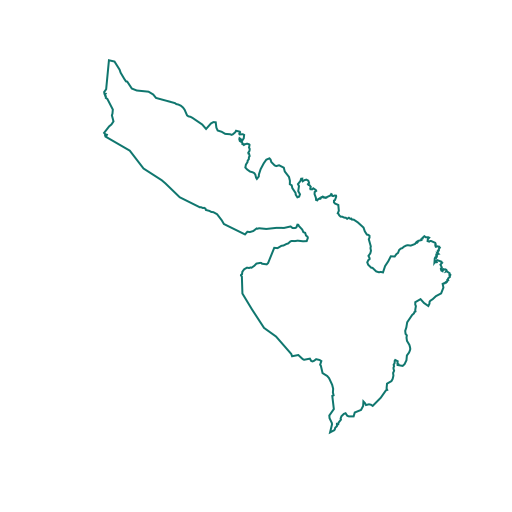 Afadzato South, Volta, Ghana, rotated 105°
{"feature_id": "2480657B45105521184723", "entity_name": "Afadzato South", "entity_type": "district", "adm_level": 2, "iso_a3": "GHA", "parent_name": "Ghana", "parent_adm1": "Volta", "projection": "albers", "projection_center": [0.395, 6.876], "detail": "fine", "context": "isolated", "style": "outline", "palette": "teal", "viewbox_px": 512, "rotation_deg": 105, "n_neighbors": 0, "source": "geoboundaries", "source_scale": "gbopen_adm2", "svg_char_len": 6030}
<svg xmlns="http://www.w3.org/2000/svg" viewBox="0 0 512 512"><g transform="rotate(105 256 256)"><path d="M193.5,93.5L193.3,94.5L194.0,96.9L193.3,98.5L195.5,99.9L196.0,99.6L197.0,100.7L197.8,100.3L199.4,103.3L200.8,103.4L201.5,103.9L201.0,104.6L203.3,105.6L205.9,109.2L206.3,112.2L207.0,113.6L208.8,115.6L210.6,116.8L211.4,118.1L213.2,119.3L216.2,119.6L217.9,120.9L220.6,121.9L221.4,125.7L226.9,126.9L232.3,128.7L239.0,129.1L239.1,131.4L239.9,133.0L239.8,135.9L237.3,140.4L237.5,141.7L235.4,145.4L233.3,146.9L230.8,146.4L229.7,145.5L228.7,145.7L226.8,147.4L223.9,146.3L221.2,146.3L218.7,147.5L217.0,147.6L210.6,151.4L208.9,151.1L207.1,151.6L206.5,152.9L206.7,154.2L206.3,154.8L204.0,157.3L200.7,159.5L197.2,166.3L195.6,171.0L196.0,172.8L195.2,173.6L195.7,174.5L195.0,176.2L196.5,177.6L195.8,179.2L196.1,180.7L195.7,183.0L196.1,184.4L195.2,186.1L193.9,187.3L193.6,188.1L190.9,187.7L185.4,189.7L184.9,193.2L184.0,194.6L182.3,195.0L181.5,194.2L178.0,193.9L177.0,194.3L177.2,195.7L178.1,196.8L178.2,197.7L178.0,198.4L176.9,198.7L176.7,199.4L178.4,199.9L180.6,202.6L181.4,203.0L181.7,203.6L181.3,203.7L182.0,205.3L181.4,205.9L181.4,206.8L182.0,206.8L182.2,208.1L183.8,208.5L183.7,209.2L184.3,209.3L184.5,210.2L185.3,210.6L185.5,211.2L186.4,211.3L186.3,212.5L184.3,213.2L181.0,215.5L179.0,215.9L177.5,214.7L176.8,215.3L175.8,218.2L177.1,219.0L177.4,220.7L176.7,221.1L175.0,221.0L173.7,222.7L173.8,223.6L173.2,224.4L171.7,223.6L169.7,225.0L169.2,227.1L170.3,229.0L171.7,230.2L170.2,231.3L169.3,231.4L169.4,231.7L169.7,232.4L172.0,232.5L175.7,234.1L177.3,232.6L182.4,232.0L185.0,229.5L187.5,229.7L188.6,231.2L186.5,233.5L184.9,234.1L181.0,238.5L178.5,239.8L177.9,241.9L174.6,242.7L171.1,244.6L166.9,250.1L163.5,252.0L162.4,257.2L163.9,259.7L163.7,261.4L161.3,265.5L159.1,266.9L158.2,268.3L160.3,271.0L164.4,272.5L170.9,274.0L176.4,274.3L178.5,273.9L181.3,275.1L180.3,276.2L177.6,277.7L176.4,279.1L176.0,280.9L176.0,283.6L174.7,287.0L173.3,289.2L170.3,289.4L167.5,288.5L166.0,288.7L164.4,288.0L162.4,288.4L161.1,288.0L159.0,289.2L159.0,289.8L158.2,290.2L156.1,289.5L154.2,289.8L153.1,290.8L150.3,291.0L149.9,291.5L149.8,293.7L151.1,295.8L152.6,297.0L151.1,296.5L151.4,298.1L149.9,298.7L149.1,301.4L147.4,302.4L146.5,302.4L147.9,299.1L145.5,298.3L142.1,298.8L141.8,300.3L142.8,303.3L142.3,303.8L140.5,303.4L140.1,303.8L140.2,307.7L141.7,308.0L144.5,309.9L145.3,311.0L145.1,312.5L146.0,317.4L144.9,321.3L144.7,325.5L142.3,327.5L137.3,329.5L137.7,331.8L139.6,333.8L146.2,337.1L142.9,342.0L139.0,353.2L138.5,355.3L138.6,357.4L138.0,359.0L133.2,362.8L131.5,364.9L130.3,367.4L129.8,370.2L129.9,372.3L129.3,373.9L129.2,393.5L126.6,397.1L125.1,402.3L127.0,414.0L126.4,419.3L120.9,425.5L121.0,426.8L118.9,429.2L114.0,434.2L111.3,436.0L104.8,443.0L105.0,448.7L133.7,443.9L136.9,445.1L138.5,444.4L138.3,443.3L139.5,443.6L140.4,443.1L140.5,442.4L142.2,442.0L142.7,440.3L151.6,432.2L155.6,431.5L157.4,431.6L162.9,428.5L166.4,429.7L168.8,431.4L176.4,434.6L177.4,433.1L177.5,431.4L178.1,431.5L178.0,432.5L178.5,433.0L179.6,432.3L186.9,405.2L200.6,387.3L207.2,366.7L209.3,362.3L219.0,344.9L223.5,322.8L223.1,321.9L223.4,319.6L222.9,318.6L223.3,317.1L224.5,316.3L224.5,312.7L225.0,310.6L224.7,308.5L225.7,304.4L230.4,298.3L233.4,295.3L234.2,291.4L238.0,272.2L234.8,270.6L234.5,268.2L232.6,265.1L229.2,262.5L229.3,261.7L228.4,260.2L227.2,253.0L223.5,243.5L221.6,236.1L218.5,230.2L219.5,228.0L219.2,226.5L218.6,225.0L217.8,224.4L215.0,224.1L214.9,223.2L215.8,222.5L218.5,218.2L220.7,216.4L220.9,214.5L223.3,213.0L224.0,211.3L225.1,210.6L228.5,210.9L229.6,214.3L230.4,219.7L231.5,222.2L232.3,225.6L233.1,226.6L235.6,228.2L236.5,229.7L238.7,232.1L239.6,234.1L242.8,237.2L243.4,240.5L259.7,242.5L261.3,243.5L261.9,248.2L261.4,249.0L261.5,250.0L263.2,253.6L265.9,255.1L268.5,257.3L268.5,258.3L269.4,259.6L269.6,261.7L271.9,264.0L274.7,265.1L277.2,264.8L278.0,265.5L278.6,265.5L279.6,264.3L295.8,259.4L308.5,246.2L323.4,229.6L328.6,215.8L341.5,196.6L343.5,195.2L340.7,189.5L343.5,184.2L343.8,182.7L341.2,177.4L343.1,175.5L343.2,174.1L342.2,172.8L340.1,171.2L340.0,167.7L340.6,165.7L344.4,165.9L345.3,164.9L351.9,161.4L353.5,156.1L355.1,153.8L360.7,149.1L364.3,147.1L367.9,146.4L370.5,145.0L371.4,146.1L383.7,141.2L391.1,143.9L393.6,143.0L397.7,139.5L398.9,139.0L407.2,138.8L404.1,135.4L403.2,135.0L401.3,135.0L399.5,133.8L397.5,134.3L397.7,133.5L397.3,133.0L395.7,133.2L392.1,131.6L391.1,132.2L388.7,132.0L385.8,130.3L384.7,128.8L386.7,126.5L386.9,124.7L385.7,120.2L381.6,120.1L377.5,114.7L373.1,113.7L368.7,114.6L369.9,112.7L371.5,111.2L370.0,108.5L369.9,106.5L370.6,104.5L360.6,98.8L352.1,95.7L351.4,94.6L350.1,95.6L345.4,96.4L341.8,92.8L339.4,92.2L336.0,92.3L333.5,93.3L331.1,92.9L329.5,93.9L328.3,94.3L326.7,94.1L325.5,94.9L323.6,94.4L321.3,94.9L320.4,94.6L321.0,91.9L323.6,91.5L323.6,90.4L324.1,90.0L324.6,90.3L324.2,85.9L322.0,84.5L317.8,83.7L313.0,84.5L309.7,83.2L307.5,82.9L305.9,82.9L304.3,83.6L302.2,84.8L298.9,88.2L295.9,89.5L293.6,89.8L292.5,91.4L289.7,92.5L286.1,92.3L280.9,92.8L272.5,89.9L270.6,88.6L269.2,88.5L268.3,87.6L267.1,88.2L263.0,88.6L261.7,89.6L259.4,90.2L255.1,85.9L257.9,81.6L259.7,76.6L257.2,76.1L255.4,76.5L254.2,76.1L251.9,74.1L248.2,71.8L244.2,67.5L238.0,66.8L234.6,68.5L233.5,67.2L233.6,66.7L232.9,66.4L232.7,65.8L232.2,66.0L231.7,65.6L231.6,64.9L230.6,64.6L229.9,65.0L229.5,64.2L228.8,64.7L227.7,64.5L226.0,63.3L224.6,64.1L224.3,63.4L223.8,63.4L223.2,64.4L222.5,64.6L221.4,67.8L221.8,68.4L220.7,68.1L220.1,68.6L219.9,69.9L220.8,71.2L220.2,71.6L220.4,72.1L222.4,71.9L222.1,73.2L220.5,74.2L218.9,73.6L216.6,75.6L214.5,74.5L214.3,75.2L213.5,75.4L213.1,80.0L214.2,80.7L215.2,79.9L215.6,80.8L215.5,81.6L216.3,81.9L212.1,82.7L211.1,82.5L211.1,81.6L209.0,82.0L209.2,81.3L208.2,81.6L207.4,81.0L207.2,81.7L206.6,81.1L206.2,81.5L206.2,80.8L205.7,81.4L204.8,81.6L203.9,81.1L203.6,81.5L203.1,80.9L202.3,81.2L200.6,80.7L200.6,81.2L199.6,81.4L199.7,83.4L200.6,84.6L200.4,84.9L199.0,85.7L198.6,85.3L198.0,85.5L196.9,86.3L196.2,90.7L196.4,91.6L197.3,92.4L197.2,94.1L195.3,94.4L193.5,93.5Z" fill="none" stroke="#0f766e" stroke-width="2"/></g></svg>